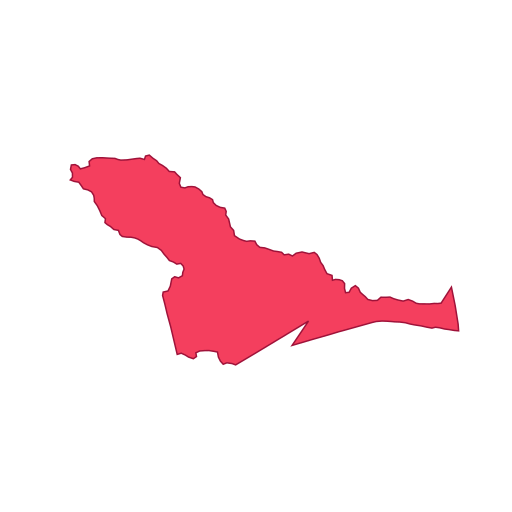 outline of Miguel Pereira, Rio de Janeiro, Brazil, rotated 228°
{"feature_id": "56859067B27142515072049", "entity_name": "Miguel Pereira", "entity_type": "district", "adm_level": 2, "iso_a3": "BRA", "parent_name": "Brazil", "parent_adm1": "Rio de Janeiro", "projection": "mercator", "projection_center": [-43.464, -22.53], "detail": "fine", "context": "isolated", "style": "filled", "palette": "rose", "viewbox_px": 512, "rotation_deg": 228, "n_neighbors": 0, "source": "geoboundaries", "source_scale": "gbopen_adm2", "svg_char_len": 2760}
<svg xmlns="http://www.w3.org/2000/svg" viewBox="0 0 512 512"><g transform="rotate(228 256 256)"><path d="M437.9,195.2L434.3,192.6L436.3,187.6L438.3,183.8L441.7,184.0L445.0,182.7L447.2,179.7L444.5,176.1L440.5,175.1L437.3,172.3L436.8,168.9L433.1,170.8L429.4,173.7L424.9,173.2L421.4,172.7L417.6,175.3L413.7,176.7L409.7,176.0L407.1,174.4L404.7,172.3L399.5,171.7L394.1,170.2L389.3,168.5L384.5,169.1L381.9,166.1L378.8,166.5L375.3,167.6L370.8,168.1L367.1,170.9L363.0,169.3L360.0,169.7L356.4,172.7L353.7,175.6L350.7,177.9L347.7,179.5L344.6,180.5L341.1,181.3L337.0,182.8L332.8,184.9L328.3,188.4L323.5,189.4L318.9,188.9L314.4,188.9L310.6,188.6L306.8,190.6L303.0,191.7L300.9,195.1L297.3,195.2L294.4,193.8L292.8,190.6L290.6,188.1L291.6,183.8L295.0,181.7L295.4,178.1L293.0,174.9L290.9,172.1L288.9,167.2L291.3,162.9L289.2,160.2L281.3,156.1L276.7,153.6L272.9,151.5L260.4,145.2L235.6,131.6L233.8,135.4L229.7,137.2L226.1,138.2L221.6,140.7L221.1,144.5L224.3,146.5L223.1,150.6L220.0,154.6L217.2,157.8L213.5,160.8L210.4,163.1L206.0,160.4L201.7,159.2L197.5,159.2L196.1,162.9L192.0,166.3L188.7,168.0L184.2,190.5L172.5,251.5L169.7,240.3L165.4,223.0L156.5,241.6L147.9,259.2L144.2,267.1L142.8,269.8L128.8,298.0L126.9,301.5L123.3,306.2L119.8,309.8L116.9,312.6L114.2,315.1L110.8,318.6L106.4,322.4L102.5,324.9L99.0,327.5L93.5,332.0L88.7,335.4L84.7,338.5L83.0,341.7L79.7,344.5L75.7,347.2L72.2,350.2L67.9,353.6L64.8,356.5L70.1,360.6L83.2,369.1L86.0,370.9L102.1,380.4L97.1,362.0L99.1,359.2L101.5,356.7L104.2,352.9L107.9,348.9L111.0,345.5L113.7,343.4L117.6,342.2L121.8,340.0L124.0,335.2L128.4,332.0L132.2,329.7L135.8,328.1L138.4,324.9L141.8,321.2L141.8,316.5L144.9,312.7L148.9,310.0L152.6,310.0L156.2,309.5L159.3,309.2L163.6,310.6L167.5,310.0L168.3,305.3L166.7,300.9L168.8,298.0L172.7,300.1L176.2,303.4L179.8,303.6L182.7,302.0L185.4,299.4L186.8,296.6L190.7,299.5L195.4,296.9L200.2,298.1L203.9,299.4L208.0,299.8L212.1,301.5L216.3,302.3L219.7,301.7L222.2,297.0L225.1,295.0L228.2,292.9L231.2,287.7L231.6,283.1L235.5,281.5L238.0,277.7L241.6,277.5L245.0,274.9L247.9,272.4L252.8,269.8L256.2,267.9L259.9,264.6L263.9,264.1L267.8,265.1L271.1,261.9L273.2,258.8L275.8,257.1L279.6,255.1L285.5,253.6L290.0,256.5L294.8,256.5L298.0,258.3L301.8,260.4L306.7,260.9L309.1,263.7L312.5,264.8L316.2,261.9L320.3,260.2L324.2,260.0L327.0,261.4L330.4,260.4L333.6,258.5L337.2,257.7L340.1,258.8L344.1,258.3L348.1,256.9L350.5,254.8L352.9,251.9L354.2,248.7L357.4,246.2L361.3,247.6L364.8,252.2L369.7,251.8L373.0,251.8L376.9,248.1L381.2,248.1L385.8,247.1L389.8,245.7L393.2,245.9L397.7,244.8L402.4,244.2L404.2,240.8L402.4,237.7L406.3,235.2L408.4,232.4L413.8,224.4L417.7,219.7L420.2,217.9L422.9,216.5L427.0,212.3L431.6,207.8L435.5,203.4L437.8,199.4L437.9,195.2Z" fill="#f43f5e" stroke="#9f1239" stroke-width="1.5"/></g></svg>